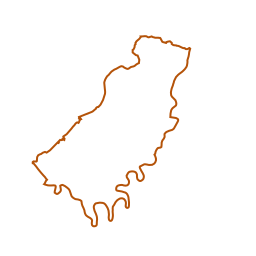 outline of Augustin, Brasov, Romania, rotated 137°
{"feature_id": "2599482B66290363520507", "entity_name": "Augustin", "entity_type": "district", "adm_level": 2, "iso_a3": "ROU", "parent_name": "Romania", "parent_adm1": "Brasov", "projection": "equal_earth", "projection_center": [25.536, 46.037], "detail": "fine", "context": "isolated", "style": "outline", "palette": "amber", "viewbox_px": 256, "rotation_deg": 137, "n_neighbors": 0, "source": "geoboundaries", "source_scale": "gbopen_adm2", "svg_char_len": 5770}
<svg xmlns="http://www.w3.org/2000/svg" viewBox="0 0 256 256"><g transform="rotate(137 128 128)"><path d="M225.7,130.7L225.3,128.9L225.0,128.3L224.4,127.9L223.7,127.7L221.4,127.6L220.4,127.8L219.9,128.1L219.4,128.4L218.8,129.2L217.3,131.5L216.9,132.0L216.4,131.9L215.2,131.4L214.8,131.1L214.5,130.6L213.7,128.5L213.2,125.8L213.0,123.7L213.3,122.1L215.7,116.8L215.8,115.9L215.8,115.3L215.7,114.9L215.7,114.2L215.6,113.9L215.1,112.2L214.9,111.8L213.3,109.8L212.2,107.9L211.9,106.4L212.5,105.4L213.4,104.2L213.8,103.4L214.4,102.2L215.0,100.2L215.9,97.8L216.2,97.3L216.8,96.4L217.5,95.2L217.7,94.7L218.1,93.5L218.2,92.6L218.1,91.8L217.9,90.6L217.2,88.4L217.1,88.2L216.9,86.9L216.9,86.0L217.1,85.3L217.4,84.8L219.4,83.1L219.7,82.7L220.4,81.7L220.5,81.3L220.5,80.6L220.4,80.0L220.1,79.5L219.4,78.9L219.1,78.7L218.5,78.4L217.7,78.3L217.2,78.4L216.6,78.8L215.6,79.8L214.8,80.6L212.9,82.3L212.5,82.8L211.6,83.9L211.0,84.9L210.1,86.9L208.9,90.3L207.7,92.5L207.2,93.2L206.8,93.6L206.4,94.0L205.9,94.3L205.1,94.6L203.9,94.9L202.9,94.8L199.6,92.7L197.6,90.5L196.9,89.2L196.7,87.6L196.9,86.1L197.4,83.7L198.1,81.9L198.7,80.7L200.8,77.9L201.5,77.2L203.0,75.9L203.5,75.3L204.2,74.3L204.4,73.9L204.5,73.3L204.5,72.9L204.4,72.4L204.2,72.1L203.9,71.8L203.4,71.6L202.7,71.6L201.9,71.9L200.7,72.6L199.0,74.0L198.1,75.0L196.6,76.9L196.0,77.6L195.0,78.5L194.0,79.7L192.7,80.8L190.4,81.3L187.9,82.2L185.5,82.5L184.9,82.5L183.2,82.2L182.0,81.9L181.7,81.7L181.0,81.3L180.2,80.5L179.8,79.8L179.4,78.9L179.4,77.9L179.5,76.9L179.8,76.0L180.1,75.3L181.0,74.2L182.6,72.8L183.1,72.3L183.3,71.9L183.4,71.5L183.4,70.9L183.3,70.5L183.1,70.2L182.8,69.9L182.3,69.7L181.9,69.7L181.5,69.7L181.0,70.0L180.0,70.8L178.0,72.9L174.9,77.1L174.4,78.1L173.8,79.8L173.7,80.6L173.7,81.4L173.9,82.4L174.2,83.0L174.8,84.0L175.8,85.8L178.1,88.8L178.6,89.5L178.8,90.0L178.8,90.4L178.8,90.7L178.4,91.3L177.9,91.8L177.4,92.2L176.9,92.5L176.0,92.8L175.2,92.8L174.7,92.7L173.5,92.2L172.2,91.3L171.5,90.7L170.8,89.9L170.4,89.1L169.6,88.1L169.3,87.7L168.5,87.1L167.6,86.6L167.1,86.5L166.2,86.6L165.4,86.8L164.7,87.3L164.0,87.9L163.3,88.9L163.0,89.8L162.5,92.6L162.3,93.0L162.0,93.4L161.5,94.1L158.8,95.0L157.5,95.1L157.0,95.0L156.3,94.7L155.0,93.8L154.3,93.2L153.6,92.4L152.9,91.3L152.7,90.6L152.6,90.2L152.8,88.9L153.2,87.9L153.6,87.4L154.8,86.1L155.7,84.7L155.9,84.3L156.0,83.7L155.9,82.8L155.8,81.9L155.6,81.4L155.4,81.1L154.8,80.6L153.8,80.3L152.2,80.2L151.3,80.4L150.2,81.1L149.5,81.7L148.8,82.7L148.7,83.0L148.1,84.8L147.5,87.6L146.7,90.3L146.3,91.1L146.0,91.4L145.6,91.7L141.0,90.4L140.3,89.9L139.0,88.3L138.2,87.1L137.6,86.4L135.8,84.9L135.4,84.6L135.2,84.6L133.8,84.2L132.8,84.1L131.3,84.4L130.5,84.8L129.4,85.4L128.5,86.6L128.3,86.7L128.1,87.1L127.2,89.1L126.9,90.2L126.8,90.5L125.7,90.6L123.9,91.9L121.8,92.7L120.0,93.0L119.0,92.5L117.5,91.5L116.5,91.4L115.1,92.6L113.3,94.4L111.4,95.4L109.0,95.8L107.3,96.5L105.5,98.6L105.0,98.8L103.6,98.9L102.7,98.9L101.8,98.6L99.8,97.9L98.2,97.1L97.0,96.5L95.7,96.3L94.9,96.3L94.2,96.5L90.4,97.7L89.3,98.1L88.0,98.5L86.5,99.1L86.0,99.5L85.7,99.8L85.5,100.2L85.5,100.6L85.6,101.1L86.1,102.6L89.6,107.1L87.1,109.5L84.6,111.3L83.8,111.7L82.6,112.0L81.6,112.1L80.5,112.0L78.3,111.8L77.5,111.8L76.8,112.2L76.0,112.9L75.3,113.9L74.4,115.9L74.5,121.0L74.1,122.5L73.2,123.7L72.4,124.7L71.3,125.6L70.3,126.3L69.1,127.1L66.2,128.5L64.8,129.4L63.6,130.0L62.5,130.8L60.8,131.5L58.1,132.5L56.4,132.6L55.1,132.7L53.5,132.6L51.8,132.4L49.9,132.2L48.1,132.2L46.2,132.3L43.7,132.8L42.4,133.4L40.4,134.9L39.4,135.8L38.4,137.0L36.7,138.0L35.1,138.9L33.3,140.2L31.4,141.8L28.4,143.6L28.5,144.6L28.9,144.8L29.9,144.9L31.0,145.4L31.9,146.3L32.1,146.9L32.0,147.6L32.4,148.2L33.1,148.7L33.7,150.0L34.9,153.1L35.5,154.1L36.2,154.8L36.5,155.7L36.9,156.0L38.3,157.7L38.7,159.6L37.9,160.5L38.2,162.8L38.7,163.2L40.0,164.0L41.3,164.6L41.6,164.3L42.1,164.2L42.6,164.9L42.9,165.6L43.7,166.7L44.1,167.7L43.6,169.6L43.1,171.4L43.1,172.0L43.9,172.8L44.2,173.3L44.7,173.7L46.6,175.5L47.0,176.3L47.7,177.3L48.1,178.2L48.2,178.8L48.9,179.1L49.5,179.5L50.5,179.9L51.2,180.4L51.5,180.9L52.0,182.5L52.5,183.1L53.2,183.8L54.9,185.1L56.3,186.3L56.5,185.8L57.7,185.7L58.6,185.5L59.8,185.5L60.9,185.6L63.1,185.6L64.1,185.1L64.6,185.1L65.3,184.1L65.9,184.1L66.7,183.9L67.3,183.3L68.3,182.5L70.5,181.7L71.4,181.9L73.1,180.0L72.5,175.9L71.5,174.4L73.2,170.2L75.8,168.0L77.1,168.5L78.7,168.8L80.8,168.9L82.0,169.3L83.0,169.9L84.3,170.6L85.6,170.8L87.0,171.0L87.9,171.4L88.6,172.4L89.5,174.7L89.8,176.5L90.8,177.8L92.4,178.4L96.2,179.3L98.1,180.0L101.5,180.5L102.9,180.4L106.1,180.0L107.7,180.1L109.5,179.7L111.6,179.0L113.5,178.0L114.5,177.3L118.2,172.5L119.6,170.6L120.5,169.6L121.5,168.7L127.2,165.5L132.2,163.8L135.3,163.6L135.4,163.8L136.1,164.2L136.9,164.4L137.6,164.4L138.2,164.0L142.5,164.2L143.6,164.5L156.3,169.5L156.6,168.8L156.8,168.6L157.2,168.6L157.3,168.2L156.2,167.5L156.2,167.0L156.3,166.5L156.9,166.8L157.4,166.6L157.7,166.7L158.0,166.7L159.8,165.7L160.5,165.5L160.8,165.5L161.2,166.6L161.7,166.9L162.6,167.0L163.5,167.0L165.3,166.6L167.3,166.5L169.7,166.1L177.1,165.3L180.9,165.9L181.4,165.7L181.4,165.0L181.8,164.7L181.7,163.5L182.8,162.7L183.6,164.6L184.4,164.2L185.4,164.9L185.8,165.6L188.9,165.4L188.5,164.6L189.1,164.4L189.7,165.4L200.2,164.9L204.3,165.5L205.0,167.1L207.1,168.0L208.6,168.2L209.1,168.2L210.6,168.9L212.4,169.3L213.2,169.0L214.2,168.7L214.7,168.3L217.2,166.0L217.9,166.0L219.0,167.1L219.9,168.0L220.8,168.1L221.5,167.5L221.7,167.2L221.2,166.7L221.3,164.6L221.4,162.6L221.8,159.2L222.1,154.6L222.2,151.2L222.2,148.6L222.5,146.8L222.5,145.4L224.0,145.3L227.1,144.1L227.6,144.1L227.3,143.3L226.5,142.0L225.6,140.5L223.3,138.3L221.5,136.8L220.9,136.1L220.5,135.5L220.5,135.1L220.7,134.6L221.4,133.9L223.0,132.8L224.7,131.7L225.7,130.7Z" fill="none" stroke="#b45309" stroke-width="2"/></g></svg>